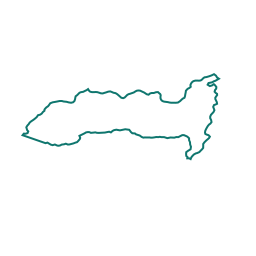 the district of Bertópolis, Minas Gerais, Brazil, rotated 71°
{"feature_id": "56859067B74434501882476", "entity_name": "Bertópolis", "entity_type": "district", "adm_level": 2, "iso_a3": "BRA", "parent_name": "Brazil", "parent_adm1": "Minas Gerais", "projection": "natural_earth1", "projection_center": [-40.57, -16.985], "detail": "fine", "context": "isolated", "style": "outline", "palette": "teal", "viewbox_px": 256, "rotation_deg": 71, "n_neighbors": 0, "source": "geoboundaries", "source_scale": "gbopen_adm2", "svg_char_len": 3317}
<svg xmlns="http://www.w3.org/2000/svg" viewBox="0 0 256 256"><g transform="rotate(71 128 128)"><path d="M177.8,78.9L176.4,77.7L175.6,76.5L174.5,74.4L174.1,72.3L174.2,70.7L174.0,68.4L173.0,66.5L172.3,65.0L171.3,63.4L169.4,62.7L167.6,62.1L166.4,60.4L165.1,57.7L164.4,55.8L163.8,54.5L162.8,53.4L161.0,54.2L159.8,55.8L158.8,56.8L157.4,56.7L155.9,55.9L154.6,54.7L153.4,53.4L152.2,52.0L151.1,50.2L150.7,48.7L149.6,47.1L147.4,46.8L145.5,47.1L143.9,46.5L142.5,45.2L141.7,43.7L140.8,42.0L139.3,40.5L137.6,40.5L135.8,40.6L134.3,39.2L134.3,37.6L134.1,35.9L132.5,35.6L130.7,35.8L129.1,36.0L127.8,35.6L126.7,34.2L125.9,33.0L124.7,32.7L123.5,33.6L121.9,34.3L120.5,33.4L119.5,31.8L118.0,31.1L115.9,31.8L114.5,32.6L115.1,34.7L115.0,37.0L113.0,38.6L111.7,37.2L112.0,35.2L112.2,33.4L111.8,31.8L111.8,30.0L111.4,28.0L111.0,26.0L109.3,27.3L107.1,27.8L105.1,29.2L105.4,31.2L105.5,32.8L105.5,34.7L105.4,37.1L105.0,39.2L105.5,40.8L106.3,42.3L106.7,43.8L106.4,45.4L105.7,47.1L105.1,48.9L105.0,51.0L105.7,52.9L106.6,54.0L107.7,55.0L109.5,55.3L110.1,56.9L110.4,58.9L111.6,61.1L113.2,61.9L114.7,62.8L116.4,63.7L117.8,64.8L118.0,66.4L118.5,67.8L119.5,69.9L120.2,72.5L119.6,74.9L118.8,77.1L118.1,79.1L117.4,80.5L116.5,81.9L115.7,83.5L114.8,85.3L113.7,86.7L112.1,87.5L110.6,87.6L109.2,87.2L107.6,86.4L106.4,86.5L105.3,87.2L103.9,87.9L103.3,89.7L103.3,92.3L102.6,94.3L102.5,95.8L103.2,97.7L102.2,99.3L101.0,100.2L99.7,101.2L98.3,102.7L96.7,104.3L96.0,105.7L95.6,107.4L95.8,109.0L96.3,111.0L96.3,113.1L96.3,115.0L96.2,116.5L96.5,118.0L97.4,119.8L98.1,121.3L98.2,122.9L97.2,124.5L95.2,125.6L94.0,126.3L92.6,127.1L91.0,128.4L89.9,130.3L88.6,131.7L87.6,132.9L87.2,134.9L87.2,137.4L87.1,138.9L87.1,140.6L86.4,142.3L85.4,143.6L84.2,145.2L83.5,146.7L83.1,148.2L82.4,150.3L81.4,151.9L80.3,152.6L78.2,153.1L78.7,154.6L78.9,156.4L79.2,158.6L78.8,160.8L78.9,162.4L79.6,163.8L80.4,165.4L81.0,167.2L82.1,167.9L83.4,168.6L85.0,169.8L85.8,171.5L85.6,173.6L84.5,175.7L83.2,177.6L82.0,180.2L80.9,181.8L80.2,184.0L79.9,186.3L79.6,188.4L79.2,190.8L79.3,193.5L80.3,194.8L81.4,196.5L81.9,198.4L82.5,199.6L83.3,200.9L84.5,201.4L85.2,203.3L86.3,204.9L86.8,206.8L86.6,208.9L88.0,210.8L88.8,212.8L89.5,214.8L89.9,216.4L90.4,218.1L91.0,219.4L92.0,220.6L92.9,222.3L94.2,223.9L96.0,224.0L97.4,224.0L98.7,223.4L100.1,224.6L100.1,226.7L99.4,228.3L100.5,230.0L115.5,210.9L115.6,208.9L117.3,207.5L118.6,206.4L119.7,204.8L119.8,202.5L121.6,200.6L122.2,199.3L122.4,197.8L122.1,196.1L122.6,193.7L122.6,191.9L124.1,190.2L124.5,188.6L124.8,184.6L124.7,182.7L124.8,180.8L124.1,179.4L122.8,177.2L121.8,176.4L119.6,176.5L118.9,170.9L118.5,169.1L118.8,167.2L119.4,165.8L120.5,164.7L121.1,162.2L121.5,160.3L122.4,159.0L123.1,157.3L124.8,151.3L125.1,149.0L125.4,147.0L126.6,145.6L125.7,143.4L125.5,141.9L125.8,139.6L127.6,136.4L128.3,131.0L130.1,127.4L132.9,126.5L134.4,125.6L135.4,123.2L136.6,122.5L137.5,121.3L138.9,119.4L140.9,118.0L142.1,116.6L142.4,115.1L143.0,113.6L143.9,110.8L144.6,109.5L145.1,107.9L145.5,105.8L145.7,104.3L146.5,102.3L146.7,100.8L147.5,99.4L148.4,96.8L150.4,94.1L150.8,90.9L152.2,87.4L152.3,85.3L153.0,83.4L152.4,79.0L152.9,77.5L154.3,75.9L155.5,74.7L157.6,73.6L159.4,74.2L161.6,74.0L163.8,74.6L166.3,74.6L168.5,75.8L169.1,78.6L169.8,80.8L171.4,81.5L173.4,82.0L174.9,81.2L176.0,81.8L176.6,80.0L177.8,78.9Z" fill="none" stroke="#0f766e" stroke-width="2"/></g></svg>